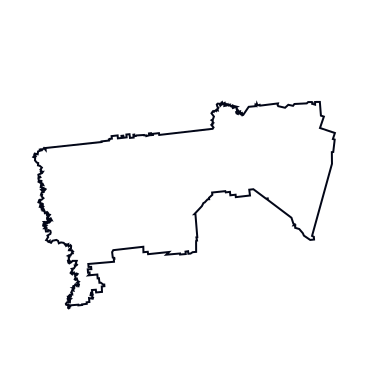 the district of Federation, New South Wales, Australia, rotated 75°
{"feature_id": "25037944B19057969948609", "entity_name": "Federation", "entity_type": "district", "adm_level": 2, "iso_a3": "AUS", "parent_name": "Australia", "parent_adm1": "New South Wales", "projection": "albers", "projection_center": [146.287, -35.462], "detail": "fine", "context": "isolated", "style": "outline", "palette": "ink", "viewbox_px": 384, "rotation_deg": 75, "n_neighbors": 0, "source": "geoboundaries", "source_scale": "gbopen_adm2", "svg_char_len": 6134}
<svg xmlns="http://www.w3.org/2000/svg" viewBox="0 0 384 384"><g transform="rotate(75 192 192)"><path d="M111.6,322.1L113.5,322.5L111.2,323.6L112.7,326.1L111.6,326.7L111.6,328.0L112.8,327.9L113.0,330.2L115.6,331.3L114.2,334.0L115.0,334.6L117.0,333.6L117.4,334.4L116.6,335.6L117.1,336.2L118.3,334.6L120.8,335.5L123.4,334.3L124.2,333.1L126.4,333.9L127.3,332.3L129.6,330.7L131.2,332.6L132.2,332.0L133.2,332.9L133.8,332.7L134.0,330.9L134.9,331.9L135.5,335.9L138.0,336.2L138.5,335.4L138.1,334.7L138.5,334.6L138.9,336.8L141.7,337.0L142.4,337.6L143.4,336.6L141.9,335.5L142.3,334.6L144.2,335.5L145.2,334.2L146.7,333.9L145.7,335.8L148.0,336.8L148.1,335.8L149.2,335.8L149.4,334.7L151.4,332.7L152.6,334.4L150.8,334.7L150.7,337.1L153.7,335.7L153.8,337.4L155.6,338.6L156.0,337.6L157.4,338.4L159.5,337.1L160.6,339.4L160.2,340.8L161.4,341.0L160.6,341.9L162.2,343.0L165.0,339.2L166.0,339.5L164.7,339.9L165.2,340.7L164.9,341.7L166.1,342.3L166.3,341.2L167.6,339.5L168.5,340.7L167.4,341.3L167.5,342.2L168.2,341.4L169.5,341.6L169.8,339.8L171.0,339.6L171.4,340.9L172.4,339.4L174.2,339.6L173.9,338.2L175.9,338.1L174.5,336.8L175.2,336.5L175.9,337.2L177.2,335.2L178.1,336.3L178.0,337.6L179.3,337.5L179.4,338.6L180.5,339.0L181.6,337.9L180.8,337.2L181.3,336.5L180.9,335.3L182.6,334.9L181.7,336.2L183.3,335.8L184.3,337.3L182.5,338.0L182.4,338.9L183.1,339.3L184.4,338.5L184.7,339.7L183.3,340.0L183.3,340.8L184.4,341.4L182.8,341.9L182.6,342.9L184.4,342.2L184.5,343.8L186.0,344.5L186.6,343.7L185.5,343.7L185.6,342.4L186.4,341.6L186.5,343.0L187.2,343.3L188.0,342.3L188.9,343.9L189.5,342.1L190.5,343.1L192.3,343.3L192.8,341.4L191.5,340.8L192.8,338.9L194.4,338.9L195.8,339.7L196.7,342.9L198.3,342.6L200.8,345.3L201.6,344.2L202.9,343.7L202.3,342.1L203.6,342.4L204.6,341.3L203.0,339.4L203.2,335.4L204.6,334.0L207.1,333.9L206.8,331.6L207.9,329.1L210.6,327.9L209.9,327.2L210.5,326.6L210.4,325.6L211.4,326.5L211.3,325.2L212.6,325.1L211.8,323.2L212.8,322.7L215.1,323.5L215.6,325.4L216.4,325.9L217.3,323.0L218.8,322.3L219.1,323.4L220.4,323.1L220.4,324.4L222.0,325.9L221.2,326.9L221.5,328.0L222.0,327.1L222.7,327.9L223.5,327.5L224.0,328.2L225.6,328.3L226.1,329.6L228.3,329.7L229.2,329.0L228.8,327.7L227.9,328.5L226.8,328.2L228.5,326.7L227.6,325.1L228.7,321.2L230.9,322.8L232.5,321.9L233.0,322.8L232.5,324.2L233.8,324.3L235.2,325.8L235.1,328.0L236.3,327.5L238.8,330.2L240.1,329.3L239.0,328.9L238.9,328.4L239.9,328.0L239.3,326.9L240.8,326.7L240.8,324.6L241.6,323.7L242.2,324.5L241.5,325.0L241.5,326.1L242.5,325.7L242.9,326.7L244.5,326.6L246.0,327.9L246.7,327.3L246.1,325.6L248.4,325.5L249.3,324.6L249.7,325.9L250.2,325.2L251.0,325.6L252.1,325.1L253.4,325.9L251.7,327.0L252.8,327.6L251.1,328.6L252.2,329.8L252.1,330.9L252.7,331.3L253.6,330.5L254.1,331.0L253.9,332.1L254.9,331.2L255.3,332.2L256.5,332.1L255.9,333.1L257.9,334.7L258.4,334.4L258.3,333.3L258.8,334.2L260.1,334.2L259.9,335.8L261.7,336.0L261.6,336.8L260.0,337.0L260.5,337.9L261.6,337.8L261.2,339.0L262.4,339.0L263.0,339.8L264.2,339.5L263.2,337.7L263.8,336.8L264.4,338.9L265.1,337.9L266.6,338.4L265.2,339.7L266.7,339.9L266.2,341.2L267.4,342.8L268.2,342.8L269.4,341.2L268.3,340.1L271.8,341.7L272.5,341.2L272.2,340.3L270.8,340.0L270.9,339.1L270.0,338.8L271.4,331.0L272.1,331.1L272.7,327.4L272.1,327.3L272.8,322.6L271.3,322.3L271.7,319.6L267.8,318.9L269.4,315.5L268.6,315.0L268.2,315.9L265.5,314.5L265.1,315.4L265.9,315.8L265.5,316.7L263.2,315.6L263.6,314.4L260.8,314.0L261.5,310.2L264.2,310.6L265.2,304.8L259.9,303.6L260.3,301.0L258.7,300.7L258.5,301.6L255.9,303.7L255.7,304.9L251.2,304.2L251.0,305.5L247.2,304.8L245.7,313.7L244.7,312.1L243.2,311.8L243.0,313.3L239.7,312.7L240.5,309.2L238.2,308.8L237.6,311.3L234.7,310.8L239.2,285.4L236.3,284.8L236.4,284.2L235.5,284.1L234.8,285.5L229.4,284.7L227.8,283.1L232.3,253.2L237.6,254.5L238.3,250.2L240.7,250.5L244.0,229.7L245.9,233.0L248.3,219.5L249.3,219.7L250.3,214.1L247.9,213.7L248.2,211.1L250.7,211.5L251.1,209.3L250.3,207.0L250.9,203.5L241.4,201.0L240.1,200.5L240.2,199.7L237.0,199.5L237.1,198.6L214.2,194.4L214.0,195.4L208.2,186.1L205.6,183.8L205.4,182.5L203.1,178.8L203.4,177.3L202.0,177.1L200.0,173.1L197.7,172.7L199.8,159.6L201.1,159.5L201.7,155.3L205.1,155.8L205.9,150.6L208.3,151.0L210.4,136.9L204.6,136.1L205.2,132.0L217.5,122.3L217.8,120.5L218.6,120.6L218.4,121.5L242.6,102.6L248.4,102.3L249.4,101.7L250.1,102.3L250.0,101.3L250.9,101.5L250.9,100.9L253.3,101.6L255.5,98.0L260.5,95.6L263.1,95.2L268.9,90.2L269.5,86.4L266.8,85.9L265.5,87.4L201.0,49.5L189.7,46.6L189.9,45.2L178.3,40.6L177.3,42.2L172.0,38.7L163.3,51.8L153.3,45.1L151.6,47.7L138.1,45.2L136.9,49.8L139.5,50.5L137.9,53.1L136.8,52.4L136.2,52.8L135.2,56.5L136.1,58.2L133.5,70.3L134.9,72.1L132.7,76.4L134.7,80.3L131.4,86.5L130.1,86.8L128.7,86.0L126.2,103.9L125.3,104.0L125.4,105.4L124.7,106.4L123.7,106.5L125.4,107.3L124.1,108.1L125.5,108.7L124.4,115.2L130.8,122.6L130.9,123.4L128.5,123.3L128.5,124.8L129.2,125.0L128.6,125.5L126.6,124.7L126.7,125.9L128.6,127.4L127.6,128.6L126.2,128.7L125.6,126.2L124.4,126.8L124.7,127.4L123.7,127.4L123.7,126.9L121.5,127.6L121.3,126.5L120.2,128.5L121.3,129.2L121.5,130.8L120.3,131.1L119.4,129.9L118.8,130.3L119.2,132.2L118.3,132.7L118.1,133.7L117.4,133.1L117.1,135.5L116.5,135.2L116.6,135.9L117.4,136.5L117.3,137.8L115.4,136.6L114.8,137.2L115.5,138.0L114.5,137.7L115.0,139.3L113.9,139.5L114.5,139.9L113.4,140.5L114.6,141.6L115.4,141.3L116.0,142.3L113.9,142.6L113.3,144.3L113.9,145.4L116.3,145.4L117.5,144.7L118.9,146.0L119.7,146.0L119.2,146.7L119.6,147.1L118.9,147.2L119.7,148.7L119.4,149.7L120.2,150.2L119.5,151.0L121.0,152.8L124.8,151.3L127.2,153.0L127.7,154.5L128.9,153.5L130.3,154.1L130.8,153.6L131.4,154.9L132.1,154.8L132.3,155.9L135.2,154.5L136.3,155.7L128.4,208.9L126.6,208.7L125.7,214.7L126.8,214.9L126.5,216.7L124.6,216.4L124.3,218.4L126.2,218.7L126.2,221.6L125.5,221.5L124.9,223.6L124.5,223.6L123.0,231.0L123.4,231.5L123.1,233.2L121.6,232.9L121.5,233.8L124.3,234.3L123.7,237.9L120.0,237.4L119.5,240.5L122.3,241.0L121.9,244.0L119.8,243.8L119.5,245.6L121.6,245.9L121.4,247.2L121.0,249.7L118.1,249.2L117.2,255.2L119.7,255.6L119.4,257.7L119.9,257.8L119.8,258.7L120.8,258.9L119.7,266.3L120.3,266.4L111.6,322.1Z" fill="none" stroke="#020617" stroke-width="2"/></g></svg>